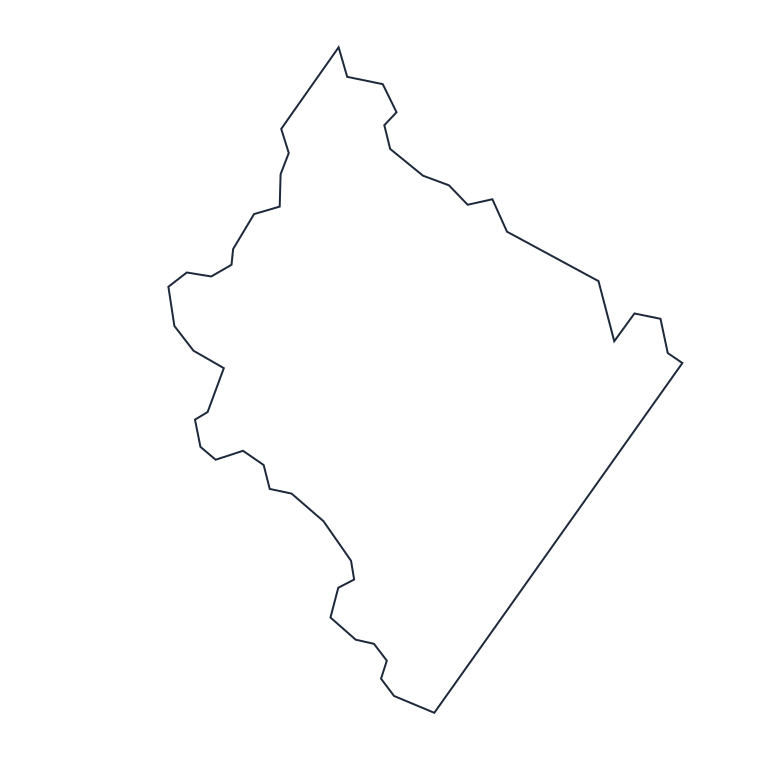 Lake, Colorado, United States of America, rotated 305°
{"feature_id": "52423323B1208746636879", "entity_name": "Lake", "entity_type": "district", "adm_level": 2, "iso_a3": "USA", "parent_name": "United States of America", "parent_adm1": "Colorado", "projection": "mercator", "projection_center": [-106.349, 39.219], "detail": "fine", "context": "isolated", "style": "outline", "palette": "slate", "viewbox_px": 768, "rotation_deg": 305, "n_neighbors": 0, "source": "geoboundaries", "source_scale": "gbopen_adm2", "svg_char_len": 778}
<svg xmlns="http://www.w3.org/2000/svg" viewBox="0 0 768 768"><g transform="rotate(305 384 384)"><path d="M554.9,153.5L534.0,153.5L518.6,173.5L496.5,179.0L469.5,196.8L448.7,180.1L408.0,183.0L394.2,190.7L373.0,180.8L362.2,158.5L340.0,151.6L311.3,179.0L302.0,208.8L305.1,243.7L259.9,255.6L246.4,249.6L227.2,269.7L225.4,289.5L248.4,306.8L248.6,331.9L232.5,350.6L241.2,371.1L236.9,413.1L220.3,458.4L206.7,471.7L190.9,463.4L162.0,474.1L158.3,507.4L165.4,524.8L159.0,545.0L140.9,550.6L134.2,571.2L143.5,613.8L572.3,616.4L572.1,598.7L596.0,573.1L585.4,548.7L551.1,548.1L591.3,500.7L579.3,397.4L597.5,366.8L578.8,349.7L584.0,323.3L577.0,296.5L580.1,254.2L596.2,235.8L613.8,238.4L628.9,211.0L614.5,177.7L633.8,153.7L554.9,153.5Z" fill="none" stroke="#1e293b" stroke-width="2"/></g></svg>